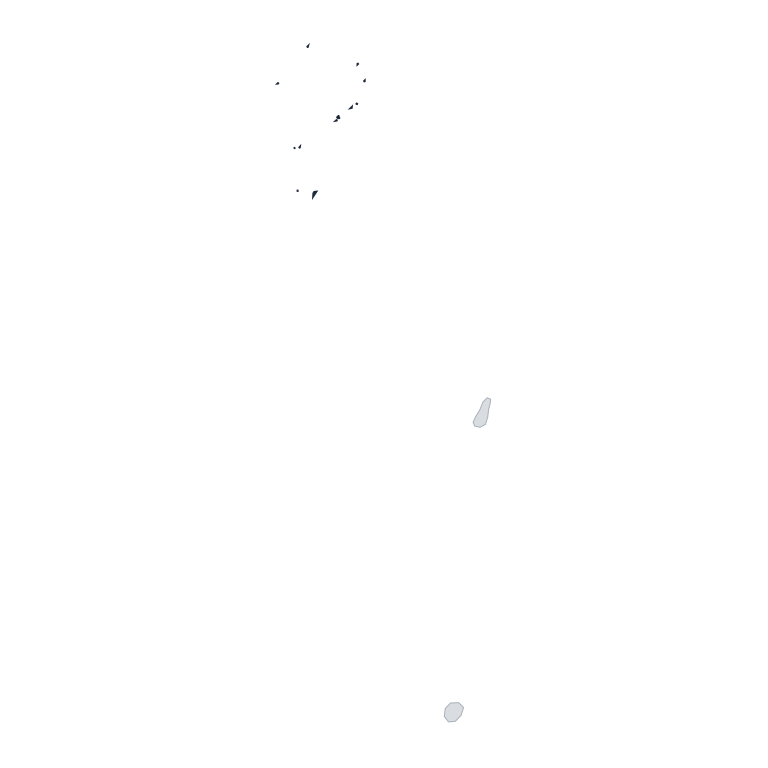 location of Baa within Maldives
{"feature_id": "MDV-5228", "entity_name": "Baa", "entity_type": "Atoll", "adm_level": 1, "iso_a3": "MDV", "parent_name": "Maldives", "parent_adm1": "", "projection": "orthographic", "projection_center": [73.003, 5.117], "detail": "fine", "context": "in_parent", "style": "outline", "palette": "slate", "viewbox_px": 768, "rotation_deg": 0, "n_neighbors": 0, "source": "natural_earth", "source_scale": "10m", "svg_char_len": 1180}
<svg xmlns="http://www.w3.org/2000/svg" viewBox="0 0 768 768"><path d="M485.5,424.3L480.0,427.3L474.8,426.1L473.1,422.3L475.6,416.8L479.9,409.7L482.9,402.0L487.2,397.8L490.6,399.2L490.2,403.5L488.6,409.5L487.7,417.2L485.5,424.3ZM455.3,721.3L448.5,721.9L444.3,716.5L445.2,708.6L450.5,703.0L458.8,702.7L463.6,707.6L461.1,715.3L455.3,721.3Z" fill="#d9dde1" stroke="#a8b0b8" stroke-width="1"/><path d="M316.3,191.7L313.2,196.4L313.4,193.3L314.2,192.0L315.3,191.8L316.3,191.7ZM338.4,116.0L338.5,116.0L338.7,116.9L339.2,117.6L339.2,118.1L338.0,118.2L337.2,117.4L337.5,116.9L338.0,116.6L338.4,116.0ZM351.8,107.0L351.7,107.9L350.7,108.1L351.8,107.0ZM364.7,80.5L364.7,81.2L363.6,81.6L364.7,80.5ZM308.0,46.1L307.8,46.9L306.9,47.2L308.0,46.1ZM299.9,146.8L299.8,147.5L299.7,147.6L299.3,147.7L298.9,147.9L299.9,146.8ZM337.1,119.6L336.6,120.6L335.9,120.7L337.1,119.6ZM296.7,190.7L298.4,190.5L297.8,190.9L296.7,190.7L296.7,190.7ZM358.6,63.3L357.5,64.4L357.5,63.9L358.6,63.3ZM278.5,82.6L278.2,83.4L277.5,83.7L277.4,83.7L278.5,82.6ZM355.8,103.3L356.8,103.7L357.9,104.2L356.8,104.0L355.8,103.3ZM295.2,147.5L294.1,148.6L294.4,148.0L295.2,147.5Z" fill="none" stroke="#1e293b" stroke-width="2"/></svg>